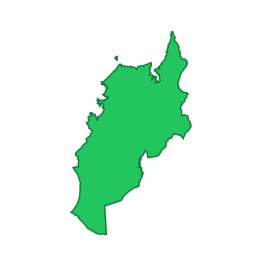 the district of Capiz, Capiz, Philippines, rotated 314°
{"feature_id": "2640588B34459645926333", "entity_name": "Capiz", "entity_type": "district", "adm_level": 2, "iso_a3": "PHL", "parent_name": "Philippines", "parent_adm1": "Capiz", "projection": "albers", "projection_center": [122.785, 11.39], "detail": "fine", "context": "isolated", "style": "filled", "palette": "green", "viewbox_px": 256, "rotation_deg": 314, "n_neighbors": 0, "source": "geoboundaries", "source_scale": "gbopen_adm2", "svg_char_len": 5909}
<svg xmlns="http://www.w3.org/2000/svg" viewBox="0 0 256 256"><g transform="rotate(314 128 128)"><path d="M27.7,145.6L28.6,148.1L28.8,151.0L30.0,153.3L28.9,154.8L28.8,162.1L27.9,168.7L30.4,178.8L32.2,181.5L34.7,183.8L36.5,186.3L55.7,165.4L71.3,173.4L76.6,172.2L84.0,172.8L88.7,173.9L90.5,174.7L91.7,175.7L93.9,176.0L93.9,175.8L94.6,175.5L96.3,174.2L96.8,174.2L96.9,173.4L98.7,173.2L99.2,172.8L100.0,173.0L101.6,171.8L102.8,171.9L103.5,171.4L103.6,170.7L104.0,170.8L104.0,170.4L105.1,170.7L105.7,170.5L105.7,169.7L106.2,169.6L105.9,169.2L106.4,169.1L105.8,169.1L105.6,168.1L106.3,167.4L106.7,167.7L106.7,167.2L107.1,167.4L107.3,166.4L107.6,166.1L107.8,166.5L107.7,166.0L108.2,166.0L108.6,165.4L108.5,165.1L108.1,165.0L108.2,164.8L107.7,164.5L107.6,163.9L108.9,164.2L108.9,163.9L108.4,163.8L108.5,163.4L108.1,163.3L107.9,162.9L108.2,162.6L107.9,162.5L108.4,162.3L108.7,162.9L109.0,162.0L109.6,162.3L109.9,162.0L110.3,162.0L110.4,161.6L110.0,161.6L110.4,161.4L110.1,161.1L110.9,160.9L110.8,160.5L111.1,160.8L111.4,160.1L111.4,160.5L111.7,160.5L111.7,160.0L112.3,159.7L112.2,159.4L113.1,159.2L112.9,159.0L113.2,158.7L112.8,158.2L113.6,158.0L114.2,158.6L114.3,158.2L114.7,158.1L114.7,158.4L114.9,158.1L115.2,158.2L115.3,157.8L115.6,158.2L116.2,158.0L116.4,157.5L116.2,157.1L116.9,157.0L117.2,157.3L119.2,157.7L120.5,156.8L121.8,157.1L124.4,156.0L123.5,158.8L120.5,163.0L128.3,168.6L130.1,169.0L133.2,168.5L135.4,167.6L140.6,168.3L145.2,165.0L146.2,165.4L149.2,164.6L150.6,166.3L151.3,165.9L155.5,165.0L157.8,168.4L159.2,171.4L158.8,175.0L159.9,174.3L161.2,174.2L165.0,172.6L167.5,173.4L173.0,172.2L175.2,168.9L175.9,165.6L178.1,162.8L178.0,162.1L177.0,160.8L176.6,159.2L174.1,158.5L178.2,153.5L177.9,152.7L178.1,152.4L182.9,149.7L182.9,150.6L184.3,149.7L185.9,150.4L188.0,149.5L188.7,148.7L191.0,148.9L193.0,147.4L194.3,147.6L194.1,145.8L192.5,143.3L191.9,141.7L192.1,141.3L191.9,139.6L192.3,137.5L191.9,136.9L192.9,136.1L192.7,135.4L193.2,134.6L195.4,132.5L200.1,130.0L205.2,127.9L214.2,126.7L216.7,124.7L217.2,121.4L215.3,119.2L215.9,116.0L216.6,114.8L218.8,113.0L219.4,110.6L220.9,108.8L221.5,108.6L222.9,105.2L223.2,100.5L223.8,99.8L225.5,99.5L227.1,95.1L228.3,93.8L228.2,92.7L226.1,93.2L225.7,93.9L224.2,94.3L224.0,94.9L224.2,95.3L223.2,96.2L223.1,96.7L221.4,97.0L218.9,98.6L215.4,99.4L213.5,101.0L209.9,102.6L209.7,103.2L209.2,102.8L209.1,103.0L209.6,103.4L208.7,104.4L206.6,105.2L205.5,105.1L204.0,106.7L199.9,107.2L197.3,107.1L196.7,107.5L196.7,108.1L193.5,107.6L192.8,108.0L193.0,108.9L192.6,108.8L192.5,109.3L192.2,108.8L191.5,108.9L192.0,108.2L190.9,107.4L187.9,106.7L187.4,108.4L187.9,109.6L188.2,109.6L188.2,110.4L188.0,110.2L187.6,110.8L187.3,111.6L188.0,112.5L188.2,113.6L187.6,113.8L187.4,113.4L186.4,115.6L186.1,115.6L185.1,117.0L185.0,117.8L184.4,117.9L184.5,118.5L183.2,118.5L182.2,118.0L181.9,118.4L181.4,118.4L181.1,117.6L182.2,116.8L181.5,116.7L181.1,116.2L179.8,116.5L179.7,116.1L180.4,115.4L182.1,115.0L182.3,113.6L181.9,113.3L182.6,113.8L183.8,113.0L184.4,113.0L184.5,112.6L184.3,112.1L183.6,112.0L183.1,112.4L181.8,112.6L181.7,111.9L180.2,111.4L179.6,111.5L180.3,110.8L180.5,111.0L181.3,110.8L182.0,111.1L183.0,110.7L182.5,110.2L182.9,109.7L183.2,110.1L183.1,109.2L182.8,109.2L182.8,108.8L182.7,109.1L182.7,108.8L182.3,108.9L181.8,107.8L182.2,107.0L181.8,106.7L182.3,106.8L182.3,106.6L182.8,106.4L181.9,106.1L182.8,105.8L182.7,105.3L183.5,105.0L183.9,104.1L185.7,103.3L185.8,102.2L186.1,102.3L186.5,101.6L187.9,101.9L189.4,101.1L191.0,99.2L184.4,96.3L179.5,92.7L178.2,92.7L177.2,93.1L176.9,93.7L176.1,93.6L176.2,90.4L175.5,89.6L174.2,89.1L174.8,88.3L174.6,87.4L172.4,85.7L169.2,81.2L167.6,80.7L168.2,79.7L168.8,79.8L169.1,79.4L169.0,78.7L167.9,77.8L167.1,77.7L163.1,78.3L161.0,79.1L160.5,78.5L160.0,78.3L152.9,78.6L144.1,78.2L143.5,78.0L143.5,77.7L142.7,76.9L142.6,77.3L142.8,77.6L142.3,78.2L141.1,78.4L140.5,78.1L141.1,78.7L141.0,79.3L141.1,79.0L142.1,79.1L143.4,79.7L143.2,80.9L142.9,80.5L142.2,80.0L141.7,79.7L141.0,79.6L142.5,80.2L142.4,80.7L143.1,81.4L142.2,82.4L142.4,82.7L142.3,83.6L142.9,83.7L142.4,84.8L142.5,85.3L142.1,85.9L141.7,85.5L142.2,85.1L141.4,85.1L140.7,85.4L140.9,85.6L140.7,85.4L138.5,86.5L135.8,87.2L135.7,87.5L134.9,86.8L135.1,87.7L134.5,87.9L135.0,88.6L134.8,89.1L135.2,90.2L135.6,90.2L135.5,91.0L135.9,91.6L135.6,92.1L136.3,92.2L135.7,92.8L135.4,92.6L135.5,92.9L135.0,93.0L134.8,92.5L132.4,91.7L132.2,92.3L131.4,92.2L131.0,91.9L131.1,91.2L130.1,90.0L129.6,90.3L128.3,89.8L128.1,88.8L128.5,88.2L127.8,87.7L128.1,87.3L127.6,86.5L128.2,86.2L128.0,85.9L127.8,86.3L126.4,86.6L126.4,86.8L126.8,86.7L127.3,87.1L127.0,88.0L126.5,87.8L126.3,88.5L124.7,88.7L125.1,89.4L124.8,90.3L125.6,90.5L125.7,90.9L124.7,91.6L124.4,92.1L125.0,91.8L125.0,92.3L125.3,92.1L125.5,92.7L126.1,91.7L126.9,91.6L127.9,92.5L127.9,93.7L127.7,93.6L127.4,94.6L126.5,94.7L125.4,95.4L125.7,96.1L125.3,96.7L124.9,96.6L125.3,97.3L125.0,97.9L121.2,99.3L119.5,99.4L117.1,99.4L115.1,98.6L113.6,100.2L112.5,100.8L112.3,100.6L112.3,99.5L112.7,99.7L113.2,99.3L114.1,96.3L114.7,95.3L113.7,92.0L113.8,91.4L113.0,90.3L112.7,90.7L111.6,91.0L112.1,91.6L111.9,92.1L111.4,92.2L111.4,92.9L111.8,92.8L111.9,93.2L111.2,93.4L109.2,92.1L108.1,91.8L107.9,92.6L107.0,93.2L107.0,93.9L106.1,94.8L104.8,95.0L103.8,94.6L102.8,94.7L102.1,98.7L100.7,99.9L101.6,101.4L101.3,102.3L100.9,102.4L101.5,104.4L97.9,105.2L95.7,106.3L93.7,105.8L92.3,105.9L91.1,105.3L90.3,107.0L88.9,108.2L84.4,107.5L81.2,108.3L78.6,107.8L73.6,107.9L72.3,108.7L72.0,110.0L72.4,112.8L70.5,113.7L70.3,115.4L67.1,117.6L65.9,119.3L61.4,115.9L60.9,117.5L61.0,118.4L60.5,119.2L60.3,121.4L59.9,122.4L60.1,123.6L58.7,125.5L58.2,127.5L56.9,129.0L55.9,131.3L55.1,132.2L51.7,135.0L49.6,137.3L48.7,137.7L46.6,139.7L44.0,141.5L38.2,144.3L30.9,145.7L27.7,145.6ZM169.7,69.7L169.0,70.5L169.3,71.2L168.9,72.7L169.3,73.0L169.9,72.5L169.7,71.6L170.4,71.2L170.9,71.6L172.0,70.6L171.0,70.1L170.1,70.2L169.7,69.7Z" fill="#22c55e" stroke="#15803d" stroke-width="1.5"/></g></svg>